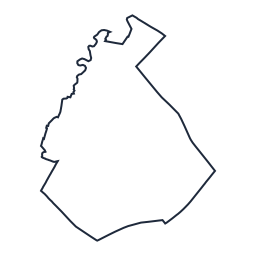 Stejaru, Teleorman, Romania (orthographic projection), rotated 270°
{"feature_id": "2599482B19320375788704", "entity_name": "Stejaru", "entity_type": "district", "adm_level": 2, "iso_a3": "ROU", "parent_name": "Romania", "parent_adm1": "Teleorman", "projection": "orthographic", "projection_center": [24.865, 44.177], "detail": "fine", "context": "isolated", "style": "outline", "palette": "slate", "viewbox_px": 256, "rotation_deg": 270, "n_neighbors": 0, "source": "geoboundaries", "source_scale": "gbopen_adm2", "svg_char_len": 3547}
<svg xmlns="http://www.w3.org/2000/svg" viewBox="0 0 256 256"><g transform="rotate(270 128 128)"><path d="M85.1,215.0L89.3,211.7L93.8,208.2L106.2,198.3L109.8,195.4L113.4,192.6L116.2,190.8L117.9,189.9L130.2,184.4L137.0,181.2L142.4,178.3L151.4,169.4L158.4,162.0L158.8,161.6L164.1,157.0L169.8,152.3L178.3,145.3L189.5,136.2L192.9,139.4L197.7,144.1L204.0,150.1L213.3,158.6L220.0,165.1L222.6,161.8L225.4,157.5L228.9,151.3L230.2,149.1L230.7,148.3L235.0,141.3L237.0,137.9L238.1,136.7L240.6,132.4L238.0,127.2L236.5,126.8L234.7,127.5L227.1,131.5L221.6,129.4L219.2,128.4L219.4,127.6L211.9,122.5L212.9,116.2L214.9,105.1L216.2,106.0L216.6,105.8L217.1,105.3L217.6,105.5L217.9,105.8L219.4,106.5L220.0,107.5L221.5,107.9L222.5,107.8L223.2,108.0L224.1,110.1L225.4,107.0L226.0,104.1L225.7,101.5L223.9,99.0L221.4,97.3L219.4,94.3L218.6,93.9L217.6,94.3L216.9,95.5L215.7,96.6L214.2,96.9L212.3,96.0L209.8,94.0L209.5,92.3L210.3,90.4L210.2,89.2L209.1,88.3L206.7,88.7L205.0,89.8L200.6,90.5L198.0,91.2L195.9,90.6L194.8,88.4L196.9,84.4L197.5,82.1L196.5,79.9L194.7,77.4L192.8,77.3L190.9,78.4L190.5,80.2L191.1,82.9L190.2,84.9L188.1,86.0L185.7,85.2L181.9,81.2L181.5,79.1L180.1,77.3L178.8,76.8L177.3,77.5L174.3,77.4L173.3,77.2L171.2,74.5L170.3,73.7L167.8,74.1L166.7,73.7L165.4,74.5L163.9,73.4L162.4,73.9L162.1,71.7L159.6,70.7L158.9,70.5L158.7,70.4L158.8,70.0L159.2,67.6L158.0,67.3L157.5,66.4L157.3,63.5L156.4,62.3L149.9,61.4L148.3,61.1L147.4,61.0L146.6,60.8L145.4,60.6L144.9,60.5L144.3,60.4L144.0,60.3L143.4,60.1L142.5,59.7L141.6,59.3L140.9,58.9L140.3,58.7L139.4,58.3L138.7,58.0L138.9,57.5L139.1,56.6L139.1,56.4L138.9,56.1L138.7,55.7L138.4,55.0L138.2,54.4L138.0,54.2L137.8,53.9L137.5,53.5L137.4,53.4L137.2,53.2L136.7,52.7L136.1,52.2L135.0,51.1L133.9,50.0L132.7,48.8L131.6,48.5L130.1,48.2L130.3,46.8L128.1,46.2L127.7,47.0L127.2,46.9L125.8,46.5L124.2,46.0L122.4,45.4L120.5,44.9L118.4,44.3L117.2,44.0L117.7,43.2L116.1,42.8L114.3,42.2L112.6,41.8L110.8,41.3L110.1,41.0L109.9,41.2L109.1,41.9L108.3,42.6L107.3,43.5L106.5,44.1L106.1,44.5L105.9,44.7L105.6,44.9L105.2,45.0L104.6,45.3L104.2,45.5L104.1,45.3L104.1,44.9L104.1,44.3L104.0,44.1L103.8,43.5L103.4,42.9L103.2,42.6L102.8,42.3L102.3,42.2L102.0,42.1L101.6,42.1L101.2,42.1L100.8,42.2L100.2,42.2L99.9,42.2L99.7,42.1L99.4,41.9L99.3,42.1L99.2,42.2L98.9,42.2L98.7,42.1L98.2,42.9L97.4,45.2L97.2,45.3L97.0,45.8L96.7,46.6L96.5,47.3L96.2,48.3L96.0,48.6L95.8,49.3L95.5,50.3L94.9,51.7L94.7,52.3L94.5,52.6L94.4,53.0L94.4,53.3L94.2,53.7L94.1,53.9L94.1,54.1L94.1,54.3L94.2,54.8L94.3,55.2L94.4,55.6L94.6,56.4L94.9,57.8L94.5,57.6L94.0,57.2L93.4,56.9L92.8,56.5L92.1,56.1L91.4,55.7L90.4,55.2L90.0,55.0L89.9,54.9L89.4,54.7L89.1,54.5L88.7,54.3L88.3,54.1L87.9,53.8L87.3,53.5L86.8,53.2L86.1,52.8L85.6,52.5L85.2,52.2L84.9,52.1L84.6,51.9L84.2,51.7L83.4,51.2L82.6,50.8L81.9,50.4L81.1,49.9L80.4,49.5L79.3,48.9L78.3,48.3L76.8,47.5L75.8,46.9L73.6,45.8L72.2,45.0L71.4,44.5L70.4,43.9L68.9,43.0L67.8,42.5L67.0,42.0L65.8,41.3L65.2,41.0L64.6,41.7L63.7,42.7L63.6,42.8L62.1,44.6L59.8,46.8L58.5,47.9L58.3,48.0L56.6,49.6L55.0,51.3L54.9,51.5L52.8,53.3L52.7,53.4L50.9,55.2L44.4,61.6L35.0,70.3L29.4,75.9L23.1,85.3L19.7,90.4L15.6,96.7L15.4,97.3L15.7,97.9L16.1,98.8L17.9,102.3L21.4,109.2L24.4,115.3L26.2,119.3L28.2,123.7L30.0,128.4L30.3,129.6L30.9,131.8L33.4,141.0L33.9,145.7L34.2,148.5L35.9,162.5L33.3,164.6L32.5,165.2L33.4,166.7L37.6,172.3L41.2,176.8L41.9,177.8L44.1,180.4L47.0,183.5L51.6,188.0L54.7,190.7L60.1,195.0L64.6,198.6L68.1,201.4L71.3,203.9L72.0,204.5L72.8,205.1L74.0,206.0L77.9,209.2L81.8,212.3L85.1,215.0Z" fill="none" stroke="#1e293b" stroke-width="2"/></g></svg>